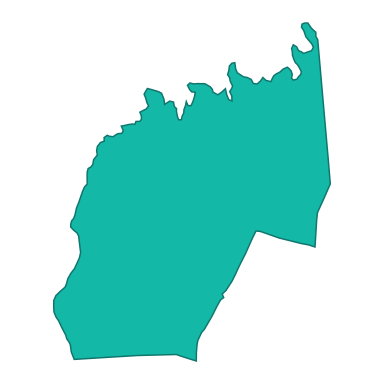 the district of Araguanã, Maranhão, Brazil
{"feature_id": "56859067B40620406351111", "entity_name": "Araguanã", "entity_type": "district", "adm_level": 2, "iso_a3": "BRA", "parent_name": "Brazil", "parent_adm1": "Maranhão", "projection": "robinson", "projection_center": [-45.784, -3.062], "detail": "fine", "context": "isolated", "style": "filled", "palette": "teal", "viewbox_px": 384, "rotation_deg": 0, "n_neighbors": 0, "source": "geoboundaries", "source_scale": "gbopen_adm2", "svg_char_len": 2553}
<svg xmlns="http://www.w3.org/2000/svg" viewBox="0 0 384 384"><path d="M317.7,39.6L315.9,36.6L315.8,32.2L313.3,30.1L311.0,27.7L307.8,23.0L304.2,23.1L302.0,24.2L301.5,27.1L303.8,30.7L305.9,36.8L308.2,39.7L311.8,43.9L313.4,47.5L311.4,50.8L308.7,51.6L303.7,53.4L301.5,51.9L298.5,50.6L296.6,46.8L293.3,44.8L291.6,48.5L292.4,52.2L292.4,55.2L294.0,59.7L295.4,62.7L297.6,64.8L299.7,68.4L301.3,71.7L300.8,74.4L298.6,76.6L296.9,79.2L293.2,80.1L291.5,78.0L292.3,74.5L291.2,71.1L289.5,69.0L287.4,67.2L283.1,69.1L280.0,72.0L276.1,74.0L273.7,75.9L272.4,78.3L270.9,81.6L265.9,80.4L262.9,77.5L260.4,81.1L257.1,84.0L253.3,83.5L251.2,79.4L247.2,77.5L243.5,76.8L237.3,72.8L235.7,68.9L234.8,62.7L231.9,63.2L229.4,66.0L228.8,70.6L227.6,74.7L229.7,77.7L230.2,81.2L232.6,86.1L231.5,88.8L229.7,91.6L231.8,96.1L232.0,101.0L228.7,99.6L226.7,94.6L225.4,88.7L221.9,92.0L217.8,94.8L213.1,92.2L212.2,89.1L210.1,86.7L204.8,83.7L201.4,83.7L197.8,83.6L193.7,83.9L189.9,83.0L187.5,85.3L189.6,89.5L191.7,91.9L195.3,92.2L194.5,96.5L192.9,101.6L191.1,105.6L188.0,105.6L186.3,101.6L185.5,105.6L184.0,109.5L183.7,113.1L182.2,116.0L181.4,119.8L178.6,119.7L177.5,116.7L176.5,111.8L176.5,108.6L174.3,106.5L173.5,102.0L169.7,101.1L164.6,104.4L164.0,99.3L161.5,93.2L158.4,91.6L150.9,89.4L147.4,88.5L145.9,90.9L144.1,94.2L145.7,98.1L146.9,102.6L148.6,105.9L146.2,109.0L142.2,111.0L139.9,112.2L141.3,115.7L141.5,119.2L139.8,121.4L136.0,121.4L134.8,124.3L132.2,124.0L128.9,124.5L124.8,125.4L121.3,126.1L123.3,130.7L121.9,133.3L117.7,133.7L115.5,135.0L113.2,136.7L109.5,136.3L107.2,135.3L104.1,137.6L104.2,141.2L100.5,142.5L97.4,146.4L96.6,150.5L97.3,155.0L93.6,159.7L92.8,164.5L90.8,167.0L88.2,168.5L87.2,171.9L87.1,176.2L87.2,184.1L84.6,186.8L82.6,191.2L78.8,202.4L76.5,208.0L75.0,214.9L73.6,218.5L71.7,220.8L70.8,223.9L70.7,227.0L73.7,230.2L77.0,232.9L78.6,235.9L80.6,252.5L79.4,258.0L74.5,268.6L70.8,273.4L67.8,278.8L66.4,284.1L65.0,287.2L60.0,291.6L55.9,295.6L53.8,300.4L53.7,306.6L54.0,312.1L56.1,317.1L58.8,321.1L61.5,327.0L65.9,335.4L66.7,338.7L68.8,341.7L70.3,344.7L71.3,352.0L74.2,359.4L109.5,357.2L137.6,355.5L176.4,354.5L179.6,355.7L188.0,358.4L190.9,359.3L196.3,361.0L196.4,352.5L197.0,345.1L197.8,340.5L201.6,332.5L204.5,329.1L212.0,316.2L217.2,305.8L220.7,299.7L223.7,297.6L222.2,294.0L225.8,290.7L229.4,285.2L232.0,281.2L235.6,274.0L237.4,270.0L239.4,265.7L245.7,253.2L252.3,238.4L256.0,231.0L260.3,231.4L279.4,238.1L301.6,243.6L308.6,244.9L315.0,247.0L316.7,219.5L317.5,212.5L324.0,198.3L330.3,183.9L328.3,160.0L317.7,39.6Z" fill="#14b8a6" stroke="#0f766e" stroke-width="1.5"/></svg>